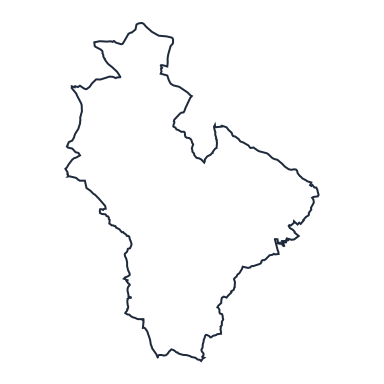 outline of Balvanesti, Mehedinti, Romania
{"feature_id": "2599482B93789531943364", "entity_name": "Balvanesti", "entity_type": "district", "adm_level": 2, "iso_a3": "ROU", "parent_name": "Romania", "parent_adm1": "Mehedinti", "projection": "albers", "projection_center": [22.672, 44.8], "detail": "fine", "context": "isolated", "style": "outline", "palette": "slate", "viewbox_px": 384, "rotation_deg": 0, "n_neighbors": 0, "source": "geoboundaries", "source_scale": "gbopen_adm2", "svg_char_len": 5973}
<svg xmlns="http://www.w3.org/2000/svg" viewBox="0 0 384 384"><path d="M275.0,254.4L278.6,254.0L278.3,251.7L277.7,250.3L274.9,239.3L274.2,239.0L277.5,239.3L277.9,241.9L277.9,243.3L278.5,243.5L278.8,242.9L279.9,242.7L280.2,243.8L281.5,243.6L283.3,245.9L283.9,246.1L284.2,245.9L283.3,243.6L283.3,242.6L286.0,242.3L285.9,241.4L282.8,242.2L283.2,241.4L281.9,241.4L281.9,241.1L285.8,241.0L288.1,240.2L288.0,239.0L287.5,238.7L286.6,238.9L286.8,238.4L291.6,239.8L294.2,239.4L298.7,236.0L294.6,232.6L294.7,231.8L292.8,229.7L289.9,228.1L288.7,225.9L289.4,225.1L290.8,225.5L293.9,222.9L294.0,221.3L297.6,224.5L299.2,222.7L300.7,223.9L303.7,220.4L303.3,220.0L306.0,216.9L308.4,215.5L308.9,214.7L308.8,213.0L311.3,209.5L310.9,207.9L313.6,203.1L313.8,202.1L313.4,199.6L312.1,197.8L313.3,197.0L317.9,196.3L318.6,194.9L317.6,191.3L317.5,190.0L316.8,188.9L316.4,187.6L314.4,187.5L312.4,185.0L311.3,186.0L310.1,185.1L311.3,182.5L307.3,181.3L306.2,180.4L302.4,178.4L300.8,176.6L300.1,176.3L297.7,173.3L297.1,170.8L295.9,169.5L294.0,169.3L291.5,169.8L288.8,169.3L284.7,166.5L282.3,163.9L277.4,159.8L274.6,159.1L272.4,158.1L267.9,153.9L266.9,153.3L258.6,151.1L253.4,147.5L250.6,148.0L250.1,147.7L248.5,145.5L243.3,142.5L240.3,141.4L238.5,138.9L235.1,136.5L233.1,136.1L232.4,135.0L231.6,132.7L228.4,129.8L226.9,127.7L225.8,127.0L222.0,125.8L221.7,125.8L221.8,126.6L215.9,127.2L215.1,126.5L214.9,125.0L214.0,126.8L214.5,129.6L215.4,132.4L215.2,134.5L216.2,137.8L216.0,138.9L216.9,139.9L216.6,141.0L217.0,142.7L216.6,147.9L215.0,148.8L212.7,152.0L212.7,152.9L212.0,153.1L210.7,154.6L207.0,156.6L204.8,159.6L204.8,161.4L204.2,162.6L201.3,159.5L199.0,158.3L196.9,158.0L196.1,157.4L194.2,155.0L194.1,153.6L192.4,151.7L192.4,150.4L191.8,148.3L193.2,144.3L192.1,142.7L191.6,140.6L190.9,139.3L189.1,138.0L187.0,137.8L185.5,136.9L185.0,135.5L184.9,133.0L184.3,132.0L183.5,131.7L181.2,131.8L178.2,129.9L176.5,129.5L175.4,127.6L173.6,126.8L173.3,126.3L173.7,124.1L174.4,122.6L174.3,121.8L173.8,121.3L174.4,119.6L180.0,113.6L181.3,112.7L183.5,112.4L184.2,111.5L185.6,107.7L190.3,97.8L191.8,96.1L190.6,95.5L187.6,92.5L179.2,86.8L173.4,85.4L171.0,83.9L170.3,83.1L168.7,79.8L167.3,75.5L160.7,73.7L161.5,71.3L161.0,68.8L162.1,67.9L162.0,67.6L161.2,66.9L161.3,66.2L160.8,65.6L161.0,65.2L162.7,65.2L167.3,66.5L167.7,62.5L167.6,58.3L168.3,54.2L170.6,46.1L172.3,44.2L172.9,43.3L173.0,42.3L173.1,39.7L172.6,38.3L171.8,37.6L166.6,36.4L158.8,35.7L152.0,31.9L146.3,26.9L143.7,23.9L142.1,23.0L141.5,23.0L138.6,23.4L136.5,24.5L135.5,29.5L131.8,32.5L130.6,32.7L128.5,33.8L123.8,42.0L122.6,43.8L122.0,44.1L120.9,44.2L115.6,42.5L114.3,41.2L113.7,41.0L112.6,41.9L110.8,41.3L106.7,41.6L99.9,41.2L94.3,42.3L94.7,46.0L95.5,46.8L100.8,49.6L102.1,50.8L102.5,51.5L102.5,53.3L103.2,54.6L103.4,56.6L104.0,58.0L104.8,58.6L104.8,59.5L106.9,62.5L108.4,64.2L112.1,67.1L116.9,71.6L118.2,73.4L120.3,76.9L120.2,77.2L116.8,77.5L115.8,78.1L112.8,76.8L109.6,76.6L100.5,79.5L96.1,79.4L91.9,83.5L89.7,86.8L86.7,89.0L85.9,89.2L84.0,88.5L79.9,85.7L78.1,87.0L75.1,86.3L74.8,87.3L71.8,86.3L71.7,88.0L76.5,93.9L76.6,94.7L81.1,103.3L81.7,105.2L81.9,111.4L80.2,117.7L80.4,120.3L80.1,121.2L80.1,123.2L78.3,128.9L75.3,133.6L74.4,135.9L74.1,137.4L72.1,140.7L68.9,142.0L67.5,145.1L67.6,145.6L66.9,146.4L67.7,147.5L72.3,148.6L75.6,152.2L78.4,152.9L80.0,155.4L76.1,157.6L74.2,158.1L72.2,159.7L68.7,164.3L66.8,167.6L65.4,168.8L67.4,172.1L67.9,174.4L67.5,174.5L68.4,176.2L68.1,176.5L69.5,176.3L76.2,177.9L78.1,179.7L79.8,180.7L84.9,180.7L86.5,188.0L90.6,190.9L93.3,193.7L95.2,194.9L99.1,198.9L105.2,206.0L105.7,208.7L103.6,209.1L103.1,209.9L102.0,209.3L100.2,209.2L99.8,210.9L100.0,213.0L101.9,214.0L105.3,214.3L105.7,214.5L106.6,216.1L108.2,216.5L108.8,217.6L108.9,219.2L109.7,219.9L109.3,223.5L111.9,225.4L113.4,225.4L114.4,226.2L115.5,226.2L116.1,227.6L119.4,229.3L121.7,232.1L123.3,232.1L123.8,233.1L124.6,233.4L126.5,235.0L126.7,235.8L128.5,236.0L129.4,237.0L129.7,238.9L131.0,242.0L131.5,244.0L131.4,245.0L130.1,248.2L127.9,248.8L127.4,250.9L126.7,252.1L124.9,253.7L124.7,254.5L125.1,256.4L126.3,258.8L127.1,262.3L127.1,266.0L128.0,270.0L129.7,273.7L129.7,275.0L127.8,276.4L125.1,277.4L123.9,278.7L125.4,279.2L126.1,279.9L127.6,280.2L127.5,280.9L126.5,280.9L126.6,281.1L128.3,283.5L129.2,283.9L129.7,284.6L129.7,285.0L128.1,287.0L127.5,289.2L127.6,291.1L128.4,294.5L128.5,296.3L130.9,297.4L130.8,297.8L128.6,298.0L127.6,298.7L127.8,299.5L127.4,300.5L127.3,301.7L127.8,305.6L128.2,306.3L128.1,307.7L127.8,308.7L127.2,309.1L127.5,309.6L126.9,310.9L125.5,312.5L125.3,313.2L127.7,314.5L129.4,314.7L131.0,316.3L132.8,317.3L135.1,317.9L137.6,319.1L143.4,319.1L143.5,319.7L142.9,320.4L143.6,321.0L142.9,327.9L144.2,327.8L145.1,328.3L147.2,331.3L150.0,339.5L150.9,344.9L151.5,346.0L152.2,348.4L156.3,354.2L158.0,358.2L157.8,357.2L158.1,355.6L159.3,355.0L161.7,355.0L163.9,355.6L165.9,355.2L167.5,353.9L169.1,351.6L171.4,349.4L173.8,350.2L176.5,352.4L177.7,352.5L178.2,353.3L179.3,353.8L183.0,354.9L186.7,355.1L190.1,356.1L191.3,356.9L195.5,357.8L197.6,359.5L199.9,359.9L201.1,361.0L203.0,358.3L204.2,357.7L202.3,356.8L203.5,355.0L203.6,354.1L203.3,353.2L201.8,351.4L201.4,349.7L202.5,347.8L202.8,344.3L203.5,342.0L203.8,339.6L204.5,338.3L205.2,335.7L205.8,335.0L206.8,334.9L209.4,336.2L210.1,337.2L210.9,337.4L213.3,335.7L215.8,335.2L217.3,334.2L221.1,333.7L220.8,330.4L220.4,329.6L220.9,327.8L220.5,326.6L221.8,325.4L221.9,321.6L223.2,319.6L222.7,317.4L222.7,316.0L222.0,314.1L219.9,313.5L219.4,311.9L219.5,309.7L218.2,307.7L217.4,307.3L218.3,305.7L221.2,303.0L221.3,300.3L221.9,297.8L223.8,296.6L226.6,297.6L228.3,295.4L231.4,292.5L231.1,291.4L233.5,290.0L234.0,289.0L234.1,288.0L234.8,287.1L234.6,286.6L235.0,282.3L234.0,279.1L234.4,278.3L236.5,276.6L237.6,274.4L239.3,273.3L242.0,268.9L242.7,266.7L248.0,267.9L250.2,267.5L250.7,266.7L252.2,266.0L253.3,266.1L259.3,264.1L260.5,263.5L261.4,262.4L261.3,261.7L261.8,260.7L262.7,260.1L264.3,260.1L265.6,259.3L269.6,255.3L272.4,254.8L273.9,253.8L275.0,254.4Z" fill="none" stroke="#1e293b" stroke-width="2"/></svg>